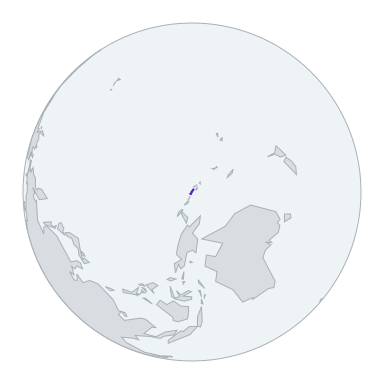 Isabel on an orthographic globe, rotated 269°
{"feature_id": "SLB-1264", "entity_name": "Isabel", "entity_type": "Province", "adm_level": 1, "iso_a3": "SLB", "parent_name": "Solomon Islands", "parent_adm1": "", "projection": "orthographic", "projection_center": [158.985, -7.976], "detail": "fine", "context": "on_globe", "style": "filled", "palette": "violet", "viewbox_px": 384, "rotation_deg": 269, "n_neighbors": 0, "source": "natural_earth", "source_scale": "10m", "svg_char_len": 6902}
<svg xmlns="http://www.w3.org/2000/svg" viewBox="0 0 384 384"><g transform="rotate(269 192 192)"><circle cx="192" cy="192" r="169" fill="#eef3f6" stroke="#a8b0b8"/><path d="M250.2,217.3L250.3,218.6L250.1,218.7L250.2,217.3ZM336.2,104.0L332.8,98.6L329.1,93.7L317.3,79.6L301.5,63.6L304.7,66.2L300.5,62.6L296.2,59.3L294.4,58.1L274.1,45.1L258.4,39.1L257.7,40.5L254.5,38.1L255.9,43.6L250.1,44.9L254.1,41.6L252.6,40.0L247.3,39.6L244.6,37.9L240.5,37.0L237.7,35.2L240.2,34.0L238.5,33.0L234.9,32.9L229.8,31.4L235.4,31.7L227.1,29.3L229.8,28.1L246.9,32.3L246.5,32.1L258.7,36.8L270.5,42.4L281.8,48.9L292.5,56.2L302.7,64.4L312.2,73.3L321.0,82.9L329.0,93.2L336.2,104.0ZM305.7,122.2L304.4,118.5L307.0,120.8L305.7,122.2ZM302.4,116.4L303.1,117.6L302.2,116.6L302.4,116.4ZM300.9,115.7L302.0,116.2L300.9,116.0L300.9,115.7ZM299.1,115.2L300.1,115.3L299.1,115.2ZM296.0,113.4L295.2,112.8L296.0,112.5L296.0,113.4ZM294.0,58.0L296.4,59.5L301.3,63.3L299.6,62.2L294.0,58.0ZM284.3,51.7L284.6,51.6L289.3,54.9L287.6,53.9L284.3,51.7ZM257.8,42.2L260.2,42.5L258.8,42.9L257.8,42.2ZM240.4,37.2L240.6,37.8L238.4,37.1L240.4,37.2ZM232.1,33.9L228.5,32.9L232.6,33.6L232.1,33.9ZM226.7,32.1L218.0,30.2L217.6,31.1L213.8,28.0L222.4,30.3L227.5,31.0L225.5,31.2L226.7,32.1ZM213.0,26.8L211.3,26.4L213.6,26.6L213.0,26.8ZM162.7,25.6L162.9,25.7L156.9,26.9L166.7,25.9L166.2,27.2L168.3,26.5L174.4,26.3L174.7,25.8L176.2,25.6L192.0,26.2L194.0,27.1L203.3,27.7L204.4,27.6L203.4,26.8L213.8,28.0L217.6,31.1L214.9,31.3L219.2,33.6L212.4,34.0L208.7,35.7L198.7,35.6L196.7,37.4L198.6,38.2L197.3,41.7L187.9,47.2L187.0,39.2L199.4,32.8L193.6,34.8L192.4,33.5L188.8,33.8L184.9,35.7L186.0,36.4L166.9,37.0L152.5,43.0L159.7,43.3L160.7,46.0L150.6,55.9L124.2,69.6L125.3,75.5L123.1,79.2L117.1,81.2L120.1,75.7L117.1,73.5L119.8,70.4L111.2,72.5L114.6,68.3L106.2,72.5L105.6,76.0L112.0,75.3L103.2,81.5L105.3,88.2L101.8,96.4L85.6,111.4L74.7,116.4L73.3,119.3L70.9,116.2L64.8,122.2L66.8,138.4L65.6,143.3L57.1,153.3L57.5,149.6L51.3,141.4L47.9,153.5L52.5,162.8L54.0,174.7L49.5,171.4L48.2,161.1L46.1,157.9L48.3,147.4L49.5,132.7L45.1,136.2L46.9,130.2L48.0,119.0L42.5,123.9L32.7,141.7L28.8,157.6L26.5,165.4L30.1,144.1L35.0,129.7L34.8,130.2L39.7,118.9L45.4,108.0L51.9,97.5L59.2,87.5L67.2,78.1L75.8,69.3L85.1,61.2L94.9,53.7L105.2,47.0L116.0,41.1L127.2,35.9L138.8,31.6L150.6,28.2L162.7,25.6ZM80.3,317.6L82.8,319.3L82.9,319.8L80.3,317.6ZM84.9,202.1L89.1,202.8L89.0,203.6L84.9,202.1ZM80.4,199.3L85.0,199.5L79.8,201.1L80.4,199.3ZM86.8,199.6L91.5,198.1L93.5,196.8L93.3,198.5L86.8,199.6ZM77.4,199.5L62.4,199.9L56.9,198.2L57.9,195.1L66.8,195.3L77.4,199.5ZM57.5,195.1L49.5,187.6L41.2,165.7L44.1,165.6L53.3,178.3L52.7,180.8L57.5,186.8L57.5,195.1ZM78.1,179.0L77.4,186.6L68.8,186.2L65.1,185.1L62.5,175.7L63.9,170.9L66.9,170.9L80.1,154.5L84.3,158.3L79.8,165.1L83.4,171.4L78.1,179.0ZM28.7,159.0L28.2,168.0L27.3,170.0L28.7,159.0ZM86.8,143.5L80.6,150.4L86.7,141.3L86.8,143.5ZM91.3,135.1L91.0,138.5L89.3,135.2L91.3,135.1ZM71.9,123.7L68.7,124.7L69.3,122.4L73.7,119.9L71.9,123.7ZM99.0,103.7L96.5,110.1L95.0,112.3L94.8,108.4L99.0,103.7ZM220.9,284.4L225.2,286.6L221.7,291.5L215.7,296.2L207.6,296.7L220.9,284.4ZM164.6,290.7L160.5,283.9L168.3,284.1L168.4,289.8L164.6,290.7ZM225.4,281.0L228.4,275.7L225.8,267.9L229.9,275.3L236.7,276.8L227.3,286.5L225.4,281.0ZM125.1,261.7L101.3,273.6L95.0,272.1L94.2,266.7L83.5,250.9L85.4,251.2L81.1,240.7L93.8,231.0L102.1,214.1L112.0,215.5L117.7,203.7L128.7,205.2L127.0,214.5L140.2,221.8L144.9,200.9L157.1,224.7L169.6,234.3L177.9,250.3L171.0,275.3L163.2,279.6L159.9,276.8L157.1,279.3L150.1,277.5L142.5,268.4L140.0,270.9L140.8,264.5L137.9,270.0L132.5,264.3L125.1,261.7ZM206.0,227.6L208.6,228.6L214.1,233.6L209.7,232.2L206.0,227.6ZM243.7,220.8L245.8,223.1L242.7,223.0L243.7,220.8ZM250.1,218.7L246.3,218.8L250.2,217.3L250.1,218.7ZM215.3,215.5L217.0,217.2L216.0,217.6L215.3,215.5ZM214.1,214.8L215.1,212.7L215.4,215.1L214.1,214.8ZM199.9,200.4L201.1,199.4L201.9,200.4L199.9,200.4ZM95.4,203.0L100.9,197.1L104.3,196.7L95.4,203.0ZM197.4,197.6L193.9,196.9L194.1,195.7L197.4,197.6ZM197.3,194.8L196.7,193.0L199.4,197.4L197.3,194.8ZM190.2,190.1L194.7,193.7L189.7,190.4L190.2,190.1ZM187.8,190.2L184.7,188.5L184.8,188.0L187.8,190.2ZM157.1,188.8L168.0,199.9L160.1,198.8L150.8,191.7L145.0,196.9L131.1,194.9L133.8,191.5L131.6,185.9L118.1,183.0L115.4,179.4L119.9,177.3L111.5,174.1L120.6,173.0L124.7,180.4L130.0,175.2L139.9,177.3L150.1,180.6L159.0,186.9L157.1,188.8ZM121.3,188.8L123.0,188.9L121.7,191.0L121.3,188.8ZM178.9,183.7L183.3,187.8L182.9,188.6L180.8,187.8L178.9,183.7ZM160.9,185.8L170.2,181.0L172.5,181.4L166.5,187.4L160.9,185.8ZM167.6,176.8L172.2,178.2L174.8,181.9L173.9,182.7L167.6,176.8ZM102.6,181.3L102.4,183.2L100.1,181.6L102.6,181.3ZM105.5,180.2L112.5,182.6L104.9,181.9L105.5,180.2ZM86.1,173.0L87.9,177.7L93.5,174.7L89.3,179.0L93.5,186.7L92.3,189.6L88.1,181.2L87.2,189.9L84.7,189.7L83.0,182.3L85.3,173.4L87.8,169.7L98.2,168.4L86.1,173.0ZM105.3,174.5L103.5,169.1L104.9,165.6L106.8,168.5L105.3,174.5ZM99.0,156.3L95.1,150.3L91.0,152.5L99.9,144.4L102.1,151.4L99.0,156.3ZM96.6,143.2L92.7,145.2L97.2,140.5L96.6,143.2ZM92.0,143.3L92.3,139.2L95.0,139.8L92.0,143.3ZM98.6,143.5L100.4,136.7L101.2,140.7L98.6,143.5ZM92.8,130.4L97.6,136.9L90.2,134.1L92.8,121.4L96.1,121.1L92.8,130.4ZM129.7,83.9L130.5,80.8L134.4,80.4L132.7,82.6L129.7,83.9ZM147.6,77.5L135.6,79.3L126.2,81.5L127.8,83.0L123.4,88.1L122.3,83.1L130.9,77.9L137.6,77.2L141.1,73.3L147.6,71.1L150.0,66.4L153.6,64.6L153.5,68.9L147.6,77.5ZM150.8,64.4L157.4,56.9L163.5,58.7L163.4,60.7L157.8,63.3L154.9,62.1L150.8,64.4ZM160.8,55.7L158.0,54.7L162.0,44.5L164.3,42.9L164.6,50.9L162.0,50.4L159.9,52.8L160.8,55.7ZM210.5,26.5L211.2,26.4L211.9,26.8L210.5,26.5ZM176.2,25.3L178.3,25.0L179.1,25.3L176.2,25.3ZM184.7,24.5L182.4,24.4L185.8,24.3L184.7,24.5ZM177.0,24.4L181.9,24.3L175.9,24.6L177.0,24.4Z" fill="#d9dde1" stroke="#a8b0b8" stroke-width="1"/><path d="M194.6,193.6L194.4,193.7L194.2,193.4L194.0,193.2L193.9,193.1L193.6,193.1L193.4,192.9L193.2,192.8L193.0,192.7L192.9,192.7L192.7,192.6L192.4,192.4L192.2,192.4L192.0,192.2L191.9,192.2L191.6,192.0L191.6,191.9L191.4,191.8L191.4,191.7L191.2,191.6L190.9,191.4L190.8,191.2L190.6,190.9L190.4,190.8L190.4,190.7L190.5,190.7L190.8,190.8L191.0,190.8L191.3,190.9L191.4,191.0L191.5,191.1L191.6,191.3L191.8,191.3L192.0,191.5L192.3,191.7L192.3,191.8L192.5,191.8L192.8,191.9L192.8,192.0L192.8,191.9L192.9,192.0L193.0,192.0L193.3,192.1L193.5,192.3L193.9,192.6L194.5,193.0L194.4,193.2L194.3,193.3L194.5,193.4L194.5,193.5L194.6,193.6ZM194.1,193.6L193.9,193.6L193.7,193.5L193.6,193.4L193.7,193.2L193.8,193.2L193.9,193.3L193.9,193.5L194.0,193.5L194.1,193.6ZM190.5,190.9L190.6,191.0L190.4,191.0L190.3,190.9L190.4,191.0L190.2,191.0L190.2,190.9L190.3,190.8L190.5,190.9L190.5,190.9ZM190.2,190.7L189.9,190.6L190.0,190.5L190.3,190.6L190.4,190.8L190.2,190.8L190.2,190.7ZM189.9,190.3L189.9,190.5L189.9,190.4L189.8,190.5L189.8,190.4L189.7,190.4L189.8,190.4L189.9,190.3Z" fill="#8b5cf6" stroke="#5b21b6" stroke-width="1.5"/></g></svg>